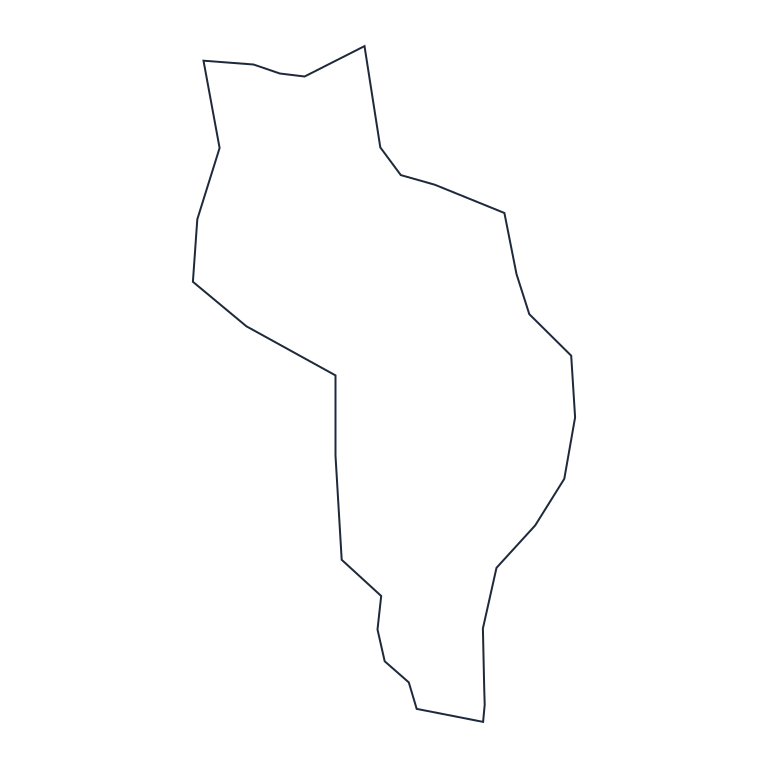 SVG path tracing the border of Iganga
{"feature_id": "UGA-3068", "entity_name": "Iganga", "entity_type": "District", "adm_level": 1, "iso_a3": "UGA", "parent_name": "Uganda", "parent_adm1": "", "projection": "mercator", "projection_center": [33.553, 0.662], "detail": "fine", "context": "isolated", "style": "outline", "palette": "slate", "viewbox_px": 768, "rotation_deg": 0, "n_neighbors": 0, "source": "natural_earth", "source_scale": "10m", "svg_char_len": 518}
<svg xmlns="http://www.w3.org/2000/svg" viewBox="0 0 768 768"><path d="M416.7,708.9L408.8,682.4L384.7,661.3L377.5,629.5L381.2,596.0L341.7,559.8L335.5,455.7L335.5,375.4L246.4,326.3L192.9,281.8L197.3,219.3L219.6,148.0L203.5,60.7L253.5,64.5L279.8,73.5L304.6,76.5L364.5,46.1L380.3,147.4L400.8,175.1L434.7,184.7L504.4,213.0L516.5,274.1L529.3,314.2L571.2,355.7L575.1,417.4L564.3,478.8L535.2,525.4L496.5,567.8L482.9,628.5L484.2,687.8L484.7,704.6L483.1,721.9L416.7,708.9Z" fill="none" stroke="#1e293b" stroke-width="2"/></svg>